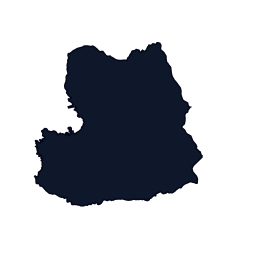 the district of Kota Palopo, Sulawesi Selatan, Indonesia, rotated 199°
{"feature_id": "22746128B54354608226928", "entity_name": "Kota Palopo", "entity_type": "district", "adm_level": 2, "iso_a3": "IDN", "parent_name": "Indonesia", "parent_adm1": "Sulawesi Selatan", "projection": "orthographic", "projection_center": [120.171, -2.987], "detail": "fine", "context": "isolated", "style": "filled", "palette": "ink", "viewbox_px": 256, "rotation_deg": 199, "n_neighbors": 0, "source": "geoboundaries", "source_scale": "gbopen_adm2", "svg_char_len": 5839}
<svg xmlns="http://www.w3.org/2000/svg" viewBox="0 0 256 256"><g transform="rotate(199 128 128)"><path d="M208.6,97.1L208.3,96.6L206.7,95.6L206.2,93.0L203.5,92.1L203.6,91.0L205.4,89.6L205.3,88.9L204.3,88.5L204.2,88.1L204.6,87.6L205.3,87.5L206.6,88.2L207.1,88.3L207.5,88.2L207.4,87.7L206.8,87.5L205.9,86.4L205.7,85.8L206.4,85.4L208.4,85.4L208.9,85.6L209.1,86.2L209.8,86.3L211.1,86.1L211.3,85.7L210.7,84.9L209.5,84.0L210.0,83.7L210.0,83.4L208.8,82.7L208.4,81.9L208.4,81.1L209.0,81.0L209.2,80.4L208.2,80.2L207.4,80.4L206.8,80.2L206.7,79.3L207.5,79.1L206.7,77.5L206.0,77.3L205.9,76.4L205.3,76.1L205.6,75.5L205.5,74.8L205.9,74.2L205.7,73.8L205.3,73.7L204.1,74.4L203.7,74.4L203.2,73.5L203.2,72.4L202.8,72.3L202.5,72.4L202.6,73.8L201.8,74.2L201.1,73.8L201.1,73.5L201.4,73.4L201.3,73.0L200.3,72.5L200.6,72.0L200.5,71.2L200.1,71.2L199.5,72.1L198.8,71.8L198.8,71.2L199.5,69.2L199.3,68.9L198.4,69.0L198.0,68.7L198.1,67.8L197.8,67.6L197.4,65.9L196.3,63.5L196.6,62.1L195.9,61.6L195.8,61.1L196.3,60.6L196.6,59.4L197.1,58.4L197.8,57.7L198.1,56.4L197.4,55.9L197.6,54.5L197.3,52.6L198.1,52.2L198.7,52.1L200.2,52.4L200.5,51.9L198.6,50.2L197.0,46.3L196.6,45.9L196.1,45.8L194.4,46.5L193.3,45.9L192.2,44.6L191.4,44.9L189.2,44.7L188.7,44.2L184.9,42.1L181.2,40.7L177.4,41.1L176.8,41.8L175.1,42.0L170.3,40.9L168.2,40.9L166.1,41.8L166.1,41.2L165.4,40.8L163.4,42.1L162.7,41.7L161.8,38.9L161.3,38.4L160.8,38.4L159.3,39.7L158.4,39.8L157.3,39.2L156.5,37.8L156.1,37.5L155.4,37.6L153.3,38.5L152.4,38.6L151.6,39.0L150.2,38.9L149.1,39.3L147.3,39.1L145.0,39.9L143.8,40.6L143.4,41.2L142.9,41.5L141.3,41.7L140.5,43.0L140.1,43.3L138.1,43.6L137.3,45.4L136.6,45.7L135.8,45.5L134.6,45.8L134.2,46.9L133.7,47.2L132.5,47.0L132.0,46.2L131.6,46.0L130.5,46.3L129.7,47.0L128.8,48.4L128.0,51.7L127.5,52.5L123.9,52.7L122.3,54.1L121.6,54.3L119.9,54.2L119.3,54.8L118.2,55.2L117.5,56.1L115.7,57.1L113.2,58.0L112.8,58.3L111.8,58.4L110.8,59.0L109.6,59.3L105.9,59.5L104.1,59.9L101.6,61.0L99.4,62.7L97.2,62.9L95.4,63.8L94.6,63.8L93.5,64.7L90.9,65.1L89.7,66.1L88.4,65.4L87.8,65.5L87.5,66.0L87.1,65.6L86.7,65.8L86.1,65.6L84.8,66.8L84.6,67.3L85.1,67.9L84.9,68.4L83.9,68.8L83.4,69.3L82.5,71.2L81.4,72.9L80.2,72.7L79.8,73.0L80.2,74.3L79.8,75.2L76.5,78.5L73.9,77.5L73.0,77.5L70.8,79.0L70.4,79.9L69.9,80.3L67.9,80.1L66.5,80.9L65.1,81.1L63.2,83.5L62.6,84.9L60.6,88.0L60.1,88.3L59.2,88.4L58.4,88.9L57.6,91.4L56.1,93.6L51.5,97.7L46.9,98.1L45.5,97.9L44.7,98.4L45.7,102.3L47.1,104.1L47.7,104.7L52.7,107.7L54.5,110.8L53.9,114.0L48.6,124.4L49.0,125.9L50.3,126.4L51.9,128.8L53.5,129.2L57.5,131.2L56.9,132.6L58.5,134.4L62.4,136.7L66.0,140.8L71.0,141.8L73.9,144.5L77.2,145.8L77.5,146.7L77.4,147.9L76.2,150.0L76.2,151.1L76.6,153.6L77.4,156.2L78.1,157.3L78.7,159.6L78.1,161.3L77.1,162.2L76.9,162.8L77.1,164.9L76.5,166.1L76.3,167.7L76.0,168.0L77.5,167.9L79.1,169.7L79.7,171.0L80.9,171.3L83.2,171.6L85.2,172.2L87.0,174.2L89.1,177.2L89.9,180.1L91.5,182.8L97.4,186.9L100.0,188.4L102.7,190.8L104.5,193.1L107.4,199.1L108.2,199.8L109.5,200.4L111.8,202.3L112.7,202.4L114.4,205.4L115.5,208.3L118.6,210.9L120.4,211.8L121.8,212.0L122.3,212.5L123.1,213.4L123.8,216.8L124.7,217.8L125.5,218.4L126.4,218.5L128.3,218.1L128.8,216.2L129.7,215.9L131.8,215.8L132.4,214.8L132.7,213.8L135.2,213.1L135.2,212.1L135.7,211.1L136.0,208.1L136.8,205.8L138.4,206.0L138.6,205.8L139.6,206.2L140.0,205.4L140.0,204.0L140.6,203.8L141.5,203.8L143.0,205.1L145.8,204.9L146.6,203.4L148.9,202.2L149.3,201.0L149.2,200.2L149.9,197.9L150.0,196.0L151.0,194.1L150.9,192.2L150.7,191.7L153.9,190.8L156.6,189.5L159.0,188.8L161.7,188.5L165.8,189.5L166.8,189.4L167.9,190.1L168.5,190.1L170.7,189.1L172.0,189.2L172.9,189.6L176.6,192.1L177.6,192.0L179.0,191.0L180.3,191.2L181.5,191.5L182.6,192.3L185.9,193.6L187.3,193.9L188.5,193.8L189.2,192.9L192.9,192.4L196.1,191.2L197.4,189.6L201.7,186.7L205.5,182.4L205.7,181.6L207.7,179.0L208.3,179.1L208.6,178.7L208.5,177.4L206.8,174.9L207.0,172.6L206.1,170.3L206.2,168.8L205.9,167.6L205.7,166.7L205.0,166.3L204.9,164.8L204.3,164.4L204.8,164.1L203.9,162.3L203.2,161.5L201.9,158.7L202.8,158.3L203.1,157.6L203.0,155.7L202.1,154.1L202.0,152.9L201.7,152.7L201.8,150.7L201.5,150.4L201.9,149.2L201.4,146.8L200.3,145.0L199.7,144.9L199.2,144.2L197.7,144.3L197.5,144.0L197.8,143.9L197.9,143.3L197.6,142.8L197.7,141.8L197.3,141.1L196.2,140.5L195.0,139.4L194.3,139.3L194.1,139.0L192.8,138.5L191.6,138.3L191.6,137.6L192.4,136.9L192.4,136.2L193.7,136.1L193.5,135.3L193.1,135.0L192.8,135.1L192.8,134.4L190.5,134.1L189.2,133.7L188.8,133.4L187.9,132.2L187.9,131.2L191.4,128.6L190.7,127.7L186.4,130.2L185.0,130.8L184.4,130.8L184.1,130.4L184.4,130.2L184.0,129.7L183.7,129.8L183.2,129.1L184.7,128.3L184.5,127.6L183.2,128.1L183.0,127.5L181.5,127.4L181.4,127.0L181.9,126.7L181.3,126.8L179.4,125.3L179.3,124.7L179.7,124.4L179.2,123.7L179.6,123.2L179.4,122.8L177.8,122.4L177.4,122.5L177.2,122.9L176.0,123.3L175.5,122.9L174.9,122.9L174.4,122.4L173.1,122.0L172.7,120.5L172.0,119.8L171.4,119.6L171.0,119.3L171.6,117.9L171.3,117.2L171.3,116.3L170.9,115.7L171.5,115.2L172.0,113.6L171.8,111.3L172.5,110.4L173.1,109.0L173.3,109.0L175.2,106.7L175.4,105.6L176.2,105.7L176.8,105.3L177.4,105.1L177.9,105.4L179.0,104.4L180.2,104.8L180.8,104.5L180.9,103.9L180.7,103.3L180.8,101.7L181.1,101.4L183.4,101.9L185.0,101.4L188.0,101.2L189.1,100.4L189.7,100.9L190.4,101.0L190.8,99.8L192.0,99.0L192.2,99.6L193.2,99.6L194.9,100.8L196.4,101.1L197.8,100.8L197.8,100.0L199.3,99.4L202.5,99.1L204.7,100.7L206.5,100.4L207.5,98.5L208.6,97.1ZM182.8,109.9L184.5,108.9L184.5,108.2L184.1,107.8L183.2,107.6L182.7,107.1L182.5,106.7L182.6,106.1L182.1,105.4L181.1,105.5L180.6,106.1L180.7,107.0L181.7,109.5L182.8,109.9ZM182.7,102.3L182.0,102.0L181.9,102.8L182.8,103.7L184.4,103.8L185.1,103.3L185.1,102.6L184.6,102.3L182.7,102.3ZM180.2,106.5L179.8,106.0L179.2,106.2L178.7,106.7L178.8,107.1L179.4,106.8L180.1,107.0L180.2,106.5Z" fill="#0f172a" stroke="#020617" stroke-width="1.5"/></g></svg>